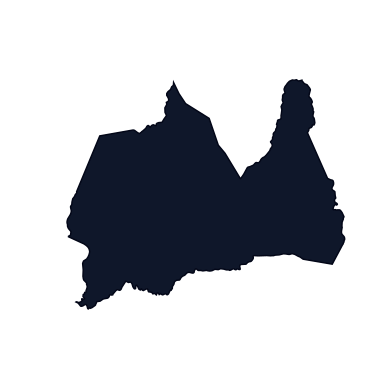 outline of Guinope, El Paraíso, Honduras, rotated 253°
{"feature_id": "27666195B48819141488377", "entity_name": "Guinope", "entity_type": "district", "adm_level": 2, "iso_a3": "HND", "parent_name": "Honduras", "parent_adm1": "El Paraíso", "projection": "mercator", "projection_center": [-86.952, 13.873], "detail": "fine", "context": "isolated", "style": "filled", "palette": "ink", "viewbox_px": 384, "rotation_deg": 253, "n_neighbors": 0, "source": "geoboundaries", "source_scale": "gbopen_adm2", "svg_char_len": 6041}
<svg xmlns="http://www.w3.org/2000/svg" viewBox="0 0 384 384"><g transform="rotate(253 192 192)"><path d="M185.3,60.8L174.0,73.5L172.0,75.1L170.2,76.2L169.1,76.6L168.0,76.9L166.1,76.9L164.8,76.7L163.6,76.1L161.9,75.0L160.4,73.7L158.7,71.7L157.7,68.1L156.3,67.0L155.5,66.5L149.3,65.2L143.3,63.1L140.6,62.7L139.4,62.8L136.1,64.5L135.3,64.5L134.6,64.2L132.6,64.3L131.0,63.6L128.7,61.9L127.5,61.6L127.3,61.2L127.3,60.0L126.0,59.4L125.8,58.9L125.9,58.3L125.6,57.9L123.8,57.2L122.1,58.0L121.7,58.1L121.2,58.0L121.0,57.7L121.0,57.2L121.8,56.1L122.0,55.4L121.3,55.1L120.6,55.5L120.3,55.4L119.5,53.6L119.4,52.3L119.4,51.3L120.5,49.9L120.8,49.2L120.7,48.9L119.0,50.7L115.7,52.0L115.2,52.4L115.0,53.1L115.0,54.3L115.7,56.9L115.3,57.9L113.8,58.3L111.2,58.2L110.7,58.4L110.5,58.6L110.6,59.0L111.1,59.9L111.0,60.4L110.5,60.9L110.7,62.7L111.8,66.0L112.2,66.7L113.0,67.2L114.0,68.2L114.7,68.5L115.0,68.8L114.5,72.2L115.6,75.6L115.6,76.8L115.2,79.9L115.3,80.8L115.9,81.8L116.5,82.4L117.2,82.7L117.6,83.1L117.6,83.6L117.1,84.6L116.8,86.1L117.7,86.8L118.3,87.8L119.8,90.1L120.5,91.6L120.3,92.3L119.2,93.9L119.2,94.8L119.7,95.7L121.6,97.3L126.0,102.5L125.7,103.1L124.1,104.7L124.0,105.4L123.9,106.8L123.2,107.4L121.8,107.8L118.6,107.8L116.8,108.3L116.2,108.6L116.0,109.2L116.2,109.8L118.3,110.7L119.0,111.3L119.1,111.7L118.7,112.1L117.8,112.4L114.7,112.8L113.8,113.5L113.4,114.1L114.1,114.9L114.0,115.4L113.7,115.6L112.7,115.8L112.0,116.6L112.6,120.1L112.4,120.8L112.1,121.1L111.6,121.2L109.8,121.2L109.3,121.3L107.8,124.2L107.2,124.5L106.5,124.5L106.1,124.7L105.8,126.9L104.0,127.8L104.1,128.0L105.4,128.8L105.7,129.3L104.9,130.4L103.5,130.6L103.5,130.9L104.1,132.0L102.8,133.1L102.3,133.7L102.2,134.3L102.5,136.0L102.4,136.9L102.3,137.2L101.0,138.1L101.1,139.0L101.5,139.8L102.9,141.0L104.0,142.1L104.2,142.6L104.1,143.3L104.4,143.4L104.6,143.3L105.2,144.7L105.8,145.1L107.2,145.5L109.0,147.6L111.1,148.9L111.7,149.9L112.1,151.5L111.5,154.3L111.9,155.0L113.2,156.3L113.7,157.1L114.2,158.3L114.6,160.8L115.9,163.1L116.2,163.9L116.2,165.0L116.0,165.9L114.5,168.4L114.2,169.2L114.2,169.8L114.6,170.5L115.8,171.1L116.7,171.9L117.2,172.5L117.3,173.0L117.1,173.8L115.4,174.8L115.1,175.2L114.4,177.5L113.4,179.3L112.8,183.0L112.0,184.2L111.2,186.0L110.9,188.2L111.4,191.3L110.1,194.4L110.3,196.9L109.0,199.8L107.5,202.1L106.9,204.2L106.1,205.1L106.0,206.2L106.6,208.9L106.3,209.5L105.4,210.3L104.9,211.0L104.8,211.4L105.2,212.1L105.1,212.9L104.9,213.4L104.2,214.2L103.9,215.0L104.0,215.4L104.4,215.6L107.0,215.9L107.7,216.2L108.1,216.7L108.3,217.3L108.3,218.1L107.2,222.5L108.4,224.7L108.6,226.2L108.4,227.6L108.5,228.4L109.2,229.6L110.3,230.9L111.2,231.4L112.7,231.6L113.0,232.0L113.1,232.6L111.6,236.7L109.4,244.9L108.1,248.3L107.6,250.4L107.3,251.4L107.3,253.2L106.4,257.0L106.2,261.4L105.4,263.5L104.1,266.1L103.8,267.1L103.8,269.0L103.6,270.1L102.2,272.2L99.6,274.7L98.2,276.4L95.3,278.6L82.0,305.0L97.4,320.4L98.0,321.2L98.9,321.8L99.7,322.6L101.8,323.7L101.8,324.0L103.0,324.4L104.3,324.5L105.5,324.1L107.6,323.1L108.7,323.0L109.7,323.1L111.1,323.6L114.2,325.2L115.6,325.4L119.2,326.7L121.9,328.8L123.1,329.2L123.7,330.0L124.0,330.1L128.4,329.5L131.0,328.6L131.5,328.2L131.8,327.8L132.4,325.8L132.3,325.2L132.4,324.7L132.5,324.5L133.0,324.4L133.8,322.1L134.2,321.7L136.6,323.1L138.0,324.8L138.3,325.5L137.4,326.2L137.3,326.6L137.5,327.1L137.8,327.4L138.5,327.3L139.2,326.9L139.5,326.5L139.6,326.0L140.0,325.7L141.2,325.8L142.4,325.7L143.5,326.5L144.0,327.5L144.3,327.7L146.9,327.9L150.4,328.7L151.1,328.4L152.8,327.0L153.5,326.8L154.2,326.8L155.2,327.1L157.0,328.9L158.1,329.7L159.4,330.1L160.8,330.2L161.6,330.1L162.2,329.7L163.3,327.9L165.4,325.6L214.9,319.7L216.8,321.6L218.6,322.5L218.9,325.1L219.8,326.2L220.4,326.3L220.9,326.7L220.5,328.0L220.5,328.4L221.2,329.0L222.3,329.7L226.0,330.3L227.4,330.2L228.4,329.8L229.0,329.8L230.3,330.2L233.1,331.8L234.5,331.5L235.4,331.8L235.9,332.1L237.9,332.1L241.0,331.8L241.8,332.3L242.5,333.1L243.5,333.4L245.3,333.2L246.9,332.8L248.4,332.0L249.5,331.8L251.6,332.9L255.0,335.0L255.7,335.1L257.1,334.8L260.9,333.4L262.6,331.3L263.2,330.9L266.3,329.7L266.8,329.8L266.9,326.6L267.2,326.1L268.8,324.7L269.0,322.4L269.8,320.7L269.4,317.5L267.9,314.8L267.2,314.1L265.6,311.8L263.7,310.3L262.8,310.0L260.1,310.0L259.3,309.8L258.6,307.7L257.5,306.8L255.6,306.2L253.6,305.2L250.5,305.3L249.2,303.6L247.6,302.2L244.4,302.0L240.2,300.1L239.3,299.6L237.5,299.1L236.3,298.6L235.7,297.8L235.7,295.3L235.4,294.8L234.6,294.5L232.1,292.7L231.7,292.6L231.3,292.8L230.6,292.8L228.9,291.9L228.2,291.4L227.9,290.8L225.7,289.5L224.8,287.7L224.1,286.9L223.2,286.5L222.0,286.3L220.6,285.0L218.8,284.4L218.1,283.5L217.5,282.4L217.0,281.8L216.5,281.8L215.0,282.4L214.1,282.5L212.8,282.3L211.9,281.7L210.1,279.4L209.4,279.0L208.7,278.4L205.6,273.9L204.4,271.6L204.2,270.0L203.6,268.4L202.8,267.3L201.6,266.2L200.6,264.8L200.7,263.5L201.3,262.3L201.4,261.7L201.0,260.6L200.0,259.1L199.7,258.3L199.3,255.0L199.4,252.9L199.2,252.2L198.7,251.6L193.8,246.6L190.5,242.4L190.0,242.3L219.4,234.9L229.1,230.8L257.4,229.9L278.4,211.7L289.8,208.3L302.0,206.4L299.9,205.6L299.1,204.7L298.5,203.3L296.3,201.5L294.9,198.3L293.6,196.7L291.9,196.1L288.8,196.8L287.0,196.7L286.3,196.3L285.6,195.6L285.2,193.7L283.8,193.6L283.0,193.4L280.4,190.7L276.1,189.5L273.3,189.9L272.5,189.8L272.1,189.4L270.0,186.6L267.8,184.2L267.4,183.7L268.1,180.4L268.0,178.7L267.6,177.9L266.1,177.2L266.0,176.9L266.4,176.2L267.5,174.8L267.6,173.7L267.3,172.6L266.0,171.0L266.3,170.6L267.0,170.6L268.0,169.9L268.4,169.5L268.4,169.2L268.0,168.1L266.7,166.8L266.2,166.0L264.6,162.4L264.4,161.6L264.0,161.1L263.3,158.8L263.5,158.4L265.2,156.9L267.7,155.1L268.2,154.4L268.5,153.7L272.6,120.2L226.1,81.8L225.4,81.7L224.9,81.5L224.2,80.6L223.7,79.7L222.1,78.4L220.4,76.0L217.5,74.3L215.4,73.5L214.6,72.8L214.0,72.0L213.5,71.6L212.7,71.4L209.3,71.1L207.9,70.5L206.1,69.2L202.7,65.4L201.6,64.6L200.3,63.9L199.0,63.5L196.9,63.4L195.9,63.0L194.6,63.0L193.1,63.2L190.1,64.5L189.2,64.6L186.5,63.3L186.1,62.6L185.8,61.0L185.3,60.8Z" fill="#0f172a" stroke="#020617" stroke-width="1.5"/></g></svg>